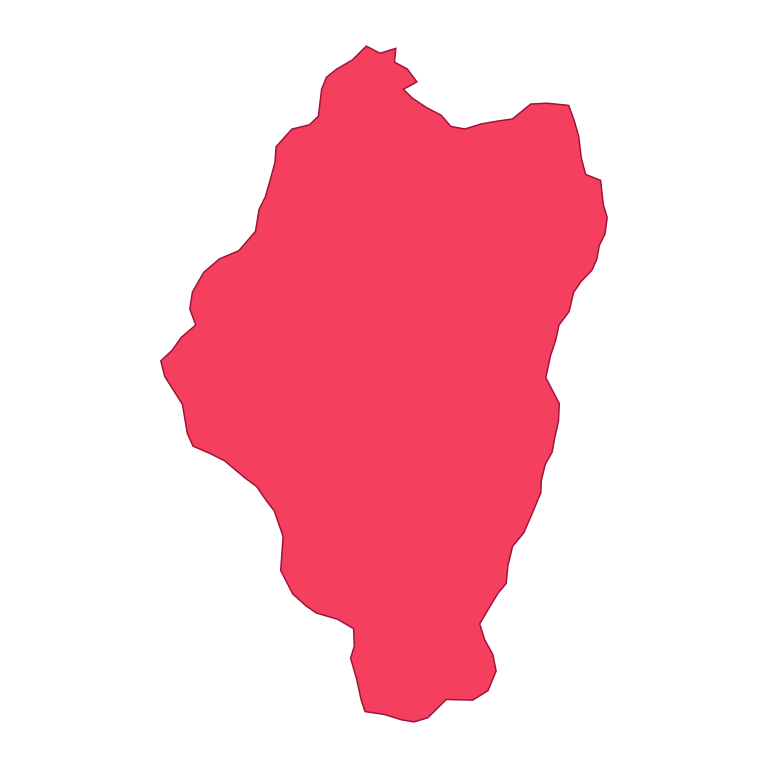 São João do Pau d'Alho, São Paulo, Brazil
{"feature_id": "56859067B53554548592147", "entity_name": "São João do Pau d'Alho", "entity_type": "district", "adm_level": 2, "iso_a3": "BRA", "parent_name": "Brazil", "parent_adm1": "São Paulo", "projection": "albers", "projection_center": [-51.671, -21.228], "detail": "fine", "context": "isolated", "style": "filled", "palette": "rose", "viewbox_px": 768, "rotation_deg": 0, "n_neighbors": 0, "source": "geoboundaries", "source_scale": "gbopen_adm2", "svg_char_len": 1391}
<svg xmlns="http://www.w3.org/2000/svg" viewBox="0 0 768 768"><path d="M366.3,46.1L352.3,60.0L336.8,69.0L326.5,77.2L321.6,89.3L318.4,116.1L309.5,124.8L291.9,129.1L276.1,146.7L274.9,162.8L269.3,183.1L265.4,196.7L259.0,209.7L255.5,231.3L238.8,250.7L219.4,258.9L203.7,272.4L192.4,292.1L189.8,309.0L195.7,325.0L181.2,337.4L172.3,350.1L160.8,360.9L164.7,376.4L182.4,404.3L187.3,433.3L193.0,446.2L210.2,453.6L224.7,460.9L244.8,477.8L256.6,486.5L266.6,501.0L274.3,511.0L283.1,536.5L280.7,570.5L292.7,593.9L305.9,605.8L316.5,613.1L337.4,619.2L353.6,628.7L354.3,646.1L350.6,658.2L356.7,679.3L361.2,700.1L365.1,711.6L384.5,714.5L401.4,719.8L414.2,721.9L427.9,717.7L446.3,699.5L472.8,700.1L488.0,690.6L496.1,671.1L492.9,654.8L484.6,639.5L479.7,623.9L488.5,608.9L497.9,593.4L506.2,583.4L507.9,565.7L512.6,546.3L523.9,532.6L534.0,509.1L540.8,492.8L541.3,480.4L545.3,464.3L552.1,452.2L554.6,438.5L558.5,421.2L559.3,403.5L545.8,377.7L550.4,356.1L555.8,339.8L559.0,325.0L569.1,311.6L573.5,292.6L581.2,281.3L592.0,270.2L596.9,258.9L599.3,245.5L605.0,233.9L607.2,217.6L603.3,204.7L600.6,180.4L585.6,174.4L581.2,157.5L578.7,136.4L574.3,120.9L568.7,105.4L547.1,103.2L530.8,104.0L512.4,119.0L498.7,120.9L481.7,123.8L464.8,129.0L450.8,126.4L441.2,115.3L426.2,107.4L412.2,98.0L403.4,89.3L416.9,81.9L407.3,69.0L394.5,62.1L395.8,48.4L380.0,53.2L366.3,46.1Z" fill="#f43f5e" stroke="#9f1239" stroke-width="1.5"/></svg>